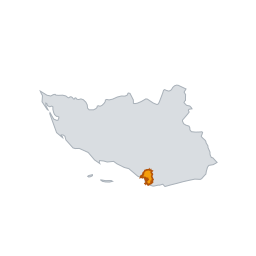 Tela, Atlántida, Honduras (highlighted), rotated 208°
{"feature_id": "27666195B55788691524887", "entity_name": "Tela", "entity_type": "district", "adm_level": 2, "iso_a3": "HND", "parent_name": "Honduras", "parent_adm1": "Atlántida", "projection": "robinson", "projection_center": [-87.586, 15.716], "detail": "fine", "context": "in_parent", "style": "filled", "palette": "amber", "viewbox_px": 256, "rotation_deg": 208, "n_neighbors": 0, "source": "geoboundaries", "source_scale": "gbopen_adm2", "svg_char_len": 5540}
<svg xmlns="http://www.w3.org/2000/svg" viewBox="0 0 256 256"><g transform="rotate(208 128 128)"><path d="M222.8,119.4L214.9,118.9L211.2,120.0L209.6,122.4L208.2,123.5L207.0,123.2L204.7,124.2L201.1,126.3L197.9,127.1L195.0,126.6L194.2,127.2L194.0,127.9L193.6,128.5L192.5,128.9L191.2,128.7L189.8,128.0L189.0,128.3L188.9,129.7L188.2,130.1L186.7,129.4L185.0,129.9L183.2,131.6L180.7,132.0L177.3,131.0L174.8,129.2L173.0,126.5L170.8,125.8L167.0,127.8L165.4,130.1L165.0,131.6L165.4,132.9L164.7,133.7L162.9,134.1L161.6,135.7L160.7,138.5L160.5,140.6L161.1,142.1L160.2,143.2L157.9,143.9L155.1,146.3L152.0,150.3L148.9,153.1L145.7,154.7L144.2,156.5L144.3,158.4L144.2,159.0L143.6,159.2L142.5,159.5L136.5,155.3L134.8,152.3L133.3,152.8L131.4,154.3L128.7,157.6L125.9,162.1L124.5,162.6L117.4,161.9L113.6,162.3L112.8,162.9L112.5,164.6L112.7,166.8L113.7,174.8L114.3,178.0L113.7,179.1L111.8,179.2L109.3,179.7L108.0,181.2L107.6,182.7L107.5,184.9L106.7,187.1L105.2,188.7L103.6,189.3L95.1,189.7L95.3,186.0L92.8,184.5L91.4,181.5L90.2,179.4L90.6,178.1L90.5,176.7L87.0,175.5L83.8,176.4L81.9,175.8L80.5,175.0L82.9,173.2L83.1,172.1L82.3,171.3L81.5,170.8L81.8,168.7L82.3,166.3L83.6,160.6L83.1,159.6L80.9,157.9L78.2,157.7L75.1,158.3L73.7,157.4L72.4,155.4L70.3,154.5L66.4,156.1L62.4,158.4L61.1,159.3L60.1,159.2L59.7,157.4L59.5,155.3L59.2,154.8L57.0,154.1L54.5,153.5L53.2,152.9L52.0,151.5L49.0,149.7L48.3,148.4L44.3,145.2L43.5,143.7L42.6,142.6L40.6,141.1L39.1,141.5L34.0,139.7L33.2,139.5L34.0,138.0L35.6,135.6L39.1,132.9L39.4,130.7L38.5,126.5L37.6,123.8L38.0,122.6L39.2,117.8L40.0,116.6L45.1,114.2L45.5,113.8L49.6,110.4L54.0,106.6L58.6,102.3L63.8,97.6L66.6,94.9L67.9,93.7L70.9,94.7L73.2,92.4L74.6,91.7L77.7,89.0L78.7,88.4L84.0,87.4L86.5,87.4L88.8,90.1L90.5,91.6L93.9,90.3L96.7,90.0L108.2,92.5L112.8,91.4L121.2,91.2L125.0,91.8L130.4,88.2L133.8,87.5L137.8,85.9L137.3,84.2L136.3,83.4L142.5,84.1L151.6,87.7L161.4,87.1L164.9,85.1L167.2,84.6L177.2,88.3L179.8,91.1L181.9,91.4L183.5,90.8L183.9,90.2L181.9,89.6L181.0,88.7L188.9,90.4L203.8,103.9L204.1,105.0L197.8,101.0L194.4,101.3L193.5,102.0L193.7,104.1L194.1,105.2L195.5,105.3L196.6,104.7L199.2,105.4L200.9,106.8L203.0,109.1L204.3,111.5L205.7,111.5L207.0,110.0L209.5,109.9L211.2,111.5L212.3,111.4L210.7,108.9L206.9,106.4L207.8,106.3L216.2,110.8L218.7,116.4L220.7,117.7L222.8,119.4ZM123.1,71.0L118.2,73.7L116.6,73.7L118.9,71.6L122.5,69.8L125.6,68.9L128.1,69.3L123.1,71.0ZM139.8,68.1L137.5,70.1L137.0,69.2L138.2,67.4L139.6,66.3L140.9,66.4L140.6,67.2L139.8,68.1Z" fill="#d9dde1" stroke="#a8b0b8" stroke-width="1"/><path d="M93.7,90.2L93.6,90.3L93.4,90.5L93.2,90.7L92.8,90.7L92.2,90.8L92.3,90.9L92.2,91.0L92.0,91.3L92.3,91.3L92.3,91.2L92.5,91.1L92.4,91.3L92.3,91.5L92.2,91.5L92.1,91.4L91.8,91.6L91.5,91.8L91.3,91.9L90.9,91.9L90.5,91.9L90.2,91.8L89.5,91.5L89.5,91.4L89.3,91.3L88.8,91.0L88.1,90.3L87.5,89.7L87.4,89.7L87.5,89.8L87.7,90.0L87.8,90.1L88.0,90.3L87.9,90.3L88.0,90.3L88.2,90.5L88.3,90.7L88.2,90.7L87.9,90.4L87.9,90.5L87.8,90.4L87.7,90.4L87.6,90.2L87.4,89.9L87.4,90.0L87.2,90.1L87.1,90.3L87.3,90.5L87.5,90.6L87.9,91.1L88.1,91.4L88.5,91.8L88.6,92.1L88.9,92.1L89.2,92.3L89.4,92.4L89.7,92.4L90.0,92.3L90.0,92.2L89.9,92.0L89.7,92.0L89.4,91.7L89.5,91.5L89.8,91.9L90.0,92.0L90.0,92.3L89.9,92.4L89.7,92.5L89.3,92.4L89.3,92.5L89.3,92.4L89.0,92.3L88.9,92.2L88.8,92.3L88.6,92.2L88.5,92.3L88.4,92.3L88.0,92.3L87.8,92.3L87.7,92.3L87.7,92.2L87.6,92.3L87.6,92.2L87.5,91.9L87.4,91.8L87.4,91.7L87.3,91.8L87.3,92.0L87.2,92.1L86.9,92.1L86.7,92.0L86.4,92.2L86.3,92.3L86.1,92.3L86.0,92.2L86.1,91.8L86.2,91.6L86.3,91.4L86.2,91.0L86.2,90.7L86.4,90.4L86.5,90.3L86.6,90.2L86.7,89.8L86.8,89.9L87.0,89.9L87.3,89.7L87.2,89.6L87.1,89.3L87.4,89.7L87.0,89.2L86.6,88.6L86.4,88.1L86.2,87.7L86.3,87.5L86.4,87.4L86.5,87.4L86.8,87.1L87.0,87.0L87.0,86.9L86.9,86.9L86.8,87.0L86.7,87.0L86.4,87.1L86.4,87.3L86.3,87.2L86.2,87.3L86.1,87.5L85.9,87.5L86.0,87.4L85.9,87.4L85.7,87.5L85.8,87.7L85.7,87.8L85.8,87.8L85.9,87.5L86.0,87.8L85.9,88.0L86.0,88.0L86.0,88.3L86.0,88.5L85.9,88.6L85.6,88.5L85.5,88.3L85.6,88.2L85.7,87.9L85.6,88.0L85.4,88.1L85.1,88.0L84.7,87.8L83.7,87.1L83.3,87.2L83.2,87.5L83.1,87.8L83.1,88.0L83.1,88.5L82.6,88.7L82.6,88.4L82.4,88.7L82.2,89.0L81.9,89.2L81.8,89.3L81.8,89.5L82.0,89.6L82.0,89.8L81.9,89.8L81.9,90.1L81.8,90.3L81.9,90.5L81.6,90.3L81.4,90.4L81.6,90.8L81.5,91.0L81.2,90.8L81.2,91.2L81.2,91.4L81.0,91.5L80.9,91.6L81.0,91.7L81.3,91.6L81.3,91.8L81.6,92.1L81.4,92.6L81.5,92.7L81.6,92.3L81.7,92.1L81.8,92.2L81.9,92.4L82.1,92.6L82.0,92.9L82.0,93.0L82.3,93.4L82.3,93.6L82.1,93.6L81.9,93.5L81.7,93.7L81.7,93.8L81.8,94.0L81.7,94.3L81.8,94.4L81.8,94.5L82.1,94.6L82.3,94.6L82.5,94.7L82.6,94.8L82.8,94.9L82.8,95.0L83.0,95.3L83.3,95.5L83.5,95.7L83.6,95.8L83.8,95.7L83.9,95.8L84.0,95.9L84.2,96.2L84.3,96.4L84.4,96.5L84.6,96.6L84.6,97.7L84.8,98.1L84.6,98.2L84.6,98.5L84.9,98.9L85.0,99.0L85.7,99.1L85.8,99.1L85.9,99.3L86.1,99.3L86.3,99.4L86.4,99.6L86.6,99.8L86.8,99.8L87.0,99.9L86.4,101.5L86.6,101.5L87.1,101.5L87.3,101.5L87.9,101.4L88.0,101.5L88.0,101.4L88.3,101.4L88.6,101.2L88.7,101.3L88.9,101.2L89.3,101.0L89.5,101.1L89.7,101.3L89.7,101.2L89.8,101.1L90.0,101.1L90.3,101.0L90.4,100.9L90.5,100.8L90.5,100.7L90.8,100.4L91.0,100.3L91.2,100.2L91.3,100.2L91.5,99.9L91.6,100.0L91.7,99.9L91.8,99.9L91.9,99.7L92.0,99.7L92.3,99.3L92.6,99.0L92.7,98.9L92.8,98.8L93.0,98.7L93.2,98.4L92.9,97.6L93.6,95.8L93.3,94.3L93.1,94.5L93.0,94.8L92.8,94.9L92.7,94.7L92.5,93.6L92.8,93.3L93.1,93.2L93.2,92.9L93.2,92.7L93.3,92.6L93.4,92.4L93.5,92.4L93.8,92.3L93.8,92.2L94.1,91.7L94.0,90.6L93.8,90.4L93.7,90.3L93.7,90.2Z" fill="#f59e0b" stroke="#b45309" stroke-width="1.5"/></g></svg>